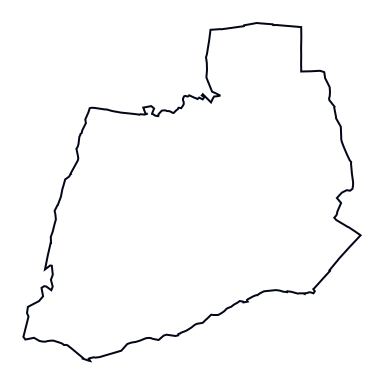 San Sebastián Ixcapa, Oaxaca, Mexico
{"feature_id": "50627088B8337648653964", "entity_name": "San Sebastián Ixcapa", "entity_type": "district", "adm_level": 2, "iso_a3": "MEX", "parent_name": "Mexico", "parent_adm1": "Oaxaca", "projection": "albers", "projection_center": [-98.15, 16.529], "detail": "fine", "context": "isolated", "style": "outline", "palette": "ink", "viewbox_px": 384, "rotation_deg": 0, "n_neighbors": 0, "source": "geoboundaries", "source_scale": "gbopen_adm2", "svg_char_len": 4311}
<svg xmlns="http://www.w3.org/2000/svg" viewBox="0 0 384 384"><path d="M89.7,108.2L88.5,112.1L85.3,119.5L85.9,123.1L82.3,130.3L81.8,132.4L81.7,133.0L81.1,133.5L80.5,133.9L80.1,135.5L79.4,136.6L78.5,144.0L77.8,146.4L77.1,147.9L76.4,148.7L77.9,155.7L78.3,158.5L77.8,160.5L70.6,173.6L70.9,174.1L70.5,174.3L69.0,176.7L65.2,179.4L63.3,186.2L62.4,189.1L60.9,196.8L58.0,204.5L58.0,204.9L57.5,205.1L54.6,210.9L55.3,213.8L55.9,219.5L54.6,224.0L52.6,232.0L50.8,236.9L51.0,242.8L50.7,242.7L49.6,247.6L47.8,255.4L45.0,269.4L50.2,265.5L51.8,265.7L52.8,274.7L51.6,278.0L50.9,279.8L52.7,286.6L51.3,290.2L46.3,286.5L44.1,286.2L41.5,287.9L43.1,296.3L39.0,301.1L27.9,306.9L27.0,313.0L28.5,316.6L23.4,336.9L25.4,339.5L27.2,339.2L34.0,337.8L39.4,340.9L42.1,341.5L44.1,341.7L45.4,341.7L47.0,341.2L48.8,340.9L50.6,340.7L53.3,340.6L59.3,342.5L60.7,343.0L62.4,343.7L63.9,345.0L66.0,344.9L67.7,345.4L70.4,347.6L70.5,347.6L83.0,358.0L82.7,358.6L88.9,360.7L90.2,361.0L88.8,358.6L90.4,358.0L92.1,357.7L93.6,357.3L94.7,357.5L96.4,357.5L97.7,357.3L99.0,357.2L100.7,356.8L103.9,355.8L121.3,350.7L127.3,344.0L130.1,343.0L131.9,342.5L134.3,342.1L135.5,342.0L139.8,340.7L145.2,338.5L146.6,338.1L149.2,337.9L150.8,338.1L152.6,338.8L158.6,340.0L161.8,337.2L163.7,335.6L166.4,334.7L175.7,336.0L178.3,335.3L178.3,334.1L179.6,333.5L180.4,333.4L180.9,332.8L183.1,331.9L184.2,331.6L187.0,330.3L191.6,327.4L193.8,325.6L194.7,324.9L196.6,323.9L199.2,323.4L202.0,323.0L203.4,322.3L205.0,320.5L207.2,318.6L211.2,314.7L212.0,314.8L213.5,315.0L216.3,315.0L217.4,315.0L218.5,314.8L220.3,313.8L221.5,313.1L222.5,312.4L223.7,311.6L224.8,310.7L225.7,309.6L226.5,308.9L227.5,308.2L231.3,306.7L232.4,305.8L233.7,304.8L235.2,303.9L237.1,302.9L239.8,301.0L243.3,301.7L243.4,302.4L245.9,302.0L247.7,301.6L247.5,301.3L247.0,299.9L247.6,299.4L253.1,296.4L254.8,295.7L256.5,295.1L257.6,295.2L258.1,294.5L258.9,294.1L259.9,293.4L260.2,293.1L260.7,292.9L261.6,292.5L262.3,292.1L263.3,291.6L263.9,291.4L265.0,291.2L275.9,290.1L278.5,290.4L280.1,290.7L281.5,291.1L283.0,291.6L284.0,291.8L285.4,291.9L287.1,292.2L287.4,291.2L288.2,291.4L289.3,291.6L290.7,291.6L291.8,292.0L292.8,292.2L297.9,293.6L299.4,293.3L304.1,293.3L304.3,293.7L304.5,293.5L304.8,293.5L305.0,293.7L305.2,293.2L307.0,293.1L308.7,292.4L310.2,292.3L310.4,292.3L313.5,293.3L314.8,291.2L313.3,289.1L314.4,288.1L323.5,278.0L330.0,270.9L329.4,270.4L335.8,262.6L337.2,261.0L338.8,258.9L349.4,247.2L349.6,247.0L360.6,235.3L355.0,231.4L348.5,227.1L348.1,227.1L336.2,220.0L334.3,217.7L336.4,215.3L337.1,213.3L337.3,211.7L341.1,203.0L336.9,198.0L337.0,197.9L341.9,192.6L346.7,190.2L350.1,190.7L352.5,188.8L352.8,187.2L353.1,184.8L353.1,182.5L353.1,182.3L351.9,173.5L351.0,163.5L351.2,162.1L349.7,160.3L346.7,153.9L343.8,147.0L343.7,146.8L341.7,141.5L341.2,138.8L341.2,136.7L341.0,131.2L340.8,126.7L336.1,118.4L336.0,118.0L336.1,117.3L334.2,107.5L334.6,106.8L329.3,100.1L329.1,98.1L329.2,97.6L329.7,96.6L330.0,92.2L329.7,87.4L329.7,87.2L325.1,78.1L324.3,72.3L324.2,72.1L320.1,70.8L310.2,71.3L301.2,71.5L301.2,67.5L301.1,64.7L301.2,55.3L301.2,55.2L301.1,48.2L301.3,38.4L301.3,35.6L301.2,28.6L301.2,27.1L290.7,26.2L286.9,25.9L276.5,25.0L273.1,25.1L272.7,24.6L272.7,24.3L262.1,23.5L256.7,23.0L253.5,23.6L244.1,25.3L244.0,26.1L243.7,26.2L221.3,29.3L220.8,29.1L210.5,29.8L209.2,40.2L206.9,54.3L206.0,57.3L206.8,62.7L207.0,69.6L207.0,69.8L207.0,70.1L206.4,77.3L206.9,78.8L212.1,91.7L215.2,93.0L219.7,95.3L219.6,95.8L216.6,96.3L214.1,96.5L212.6,98.9L212.3,99.7L211.0,102.4L202.8,94.2L202.6,94.5L201.8,95.5L204.4,97.0L202.7,99.4L199.2,97.6L197.6,99.0L196.0,98.3L193.9,97.5L189.2,95.3L188.3,96.3L187.2,96.5L185.3,95.9L184.1,96.3L183.4,97.7L183.0,98.8L183.0,100.1L183.7,102.2L183.8,104.0L182.7,106.0L181.2,108.2L179.5,107.8L178.5,107.8L177.8,109.2L176.4,110.2L173.6,113.0L173.3,113.0L172.9,112.9L171.0,111.9L169.6,111.2L167.0,111.0L165.4,110.4L163.7,110.4L161.9,110.6L160.8,111.7L159.2,113.5L158.4,114.5L158.4,116.0L158.1,116.2L156.4,115.9L154.7,115.4L153.4,114.4L152.0,113.9L152.0,113.7L154.1,108.5L153.3,107.8L152.1,106.8L151.3,106.1L143.3,107.6L145.6,113.9L146.8,113.7L146.9,113.9L144.6,114.6L140.3,114.2L139.3,114.8L138.5,114.5L132.5,113.8L125.9,113.1L121.0,112.6L112.1,111.0L107.5,109.7L106.2,109.4L105.5,109.5L103.2,109.2L97.3,108.3L93.2,107.8L91.3,107.8L89.7,108.2Z" fill="none" stroke="#020617" stroke-width="2"/></svg>